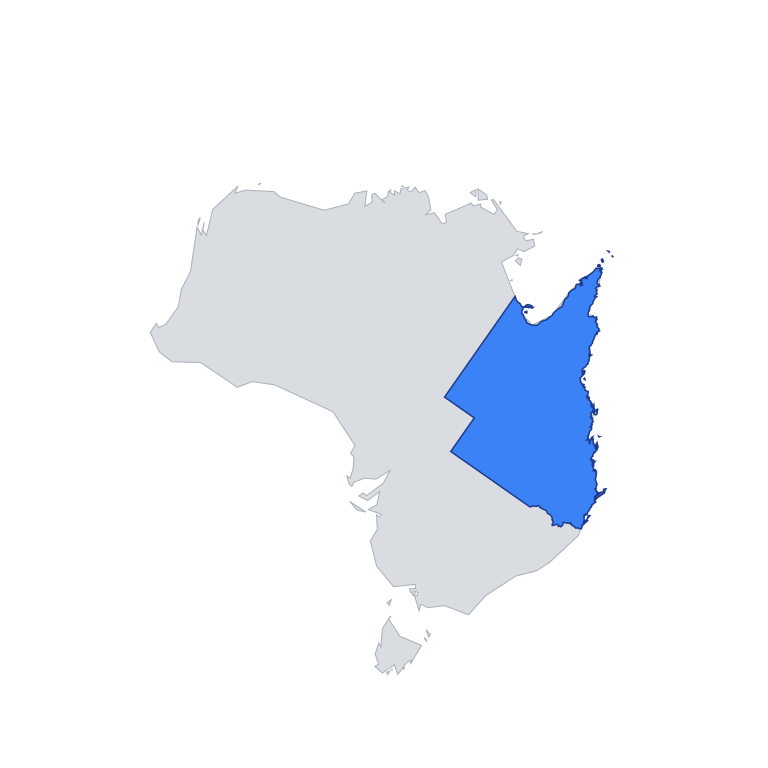 location of Queensland within Australia, rotated 35°
{"feature_id": "AUS-2657", "entity_name": "Queensland", "entity_type": "State", "adm_level": 1, "iso_a3": "AUS", "parent_name": "Australia", "parent_adm1": "", "projection": "mercator", "projection_center": [147.106, -19.205], "detail": "fine", "context": "in_parent", "style": "filled", "palette": "blue", "viewbox_px": 768, "rotation_deg": 35, "n_neighbors": 0, "source": "natural_earth", "source_scale": "10m", "svg_char_len": 9880}
<svg xmlns="http://www.w3.org/2000/svg" viewBox="0 0 768 768"><g transform="rotate(35 384 384)"><path d="M503.8,179.7L510.8,209.5L519.4,208.0L529.3,216.9L531.0,235.3L536.9,241.7L538.3,259.0L542.6,268.0L571.3,284.8L582.7,312.8L586.0,314.2L586.6,309.2L592.9,314.4L593.9,311.8L596.5,326.2L600.3,330.5L608.5,335.0L624.6,359.6L624.0,376.2L630.1,396.5L622.0,435.1L616.2,449.4L602.0,465.9L588.7,499.1L585.5,524.6L560.6,530.8L548.3,542.1L540.5,543.1L542.8,549.6L530.6,540.1L532.4,537.9L531.6,535.6L529.4,535.5L525.3,539.6L522.4,537.1L527.3,533.3L524.5,530.3L508.1,544.5L482.5,537.5L462.7,520.3L462.0,507.1L452.8,495.3L456.7,495.7L456.6,492.2L443.3,495.8L447.3,487.0L442.2,474.5L437.4,488.8L427.6,490.2L429.2,485.4L433.7,485.4L440.3,465.9L438.5,451.4L431.9,466.6L422.1,472.4L415.6,481.7L416.5,486.4L412.6,485.8L406.3,480.6L410.2,480.5L407.4,471.4L401.4,461.2L396.3,459.9L395.5,451.0L358.1,436.0L294.9,447.4L274.6,457.7L265.7,470.8L221.5,471.6L197.4,487.5L181.1,486.5L162.9,475.7L162.7,464.9L167.1,466.8L171.0,460.3L171.2,438.8L163.7,422.7L161.0,403.0L140.8,362.5L148.7,366.8L144.0,354.7L147.3,361.8L153.3,364.0L143.6,339.1L150.9,305.5L152.4,313.4L159.2,304.7L183.4,289.6L191.9,290.4L235.3,276.0L251.6,256.9L250.6,244.5L259.2,235.7L266.4,249.4L270.1,241.8L265.5,236.4L266.9,233.0L281.0,235.3L276.6,234.0L279.5,228.6L277.0,223.8L284.5,223.2L281.8,219.7L288.1,219.1L285.9,214.1L291.4,208.3L291.8,211.8L296.1,211.3L296.5,204.9L302.8,207.2L306.8,202.0L313.5,205.5L322.5,214.5L320.9,221.8L327.0,214.8L339.9,219.4L342.5,215.5L336.8,210.0L351.8,185.6L354.8,187.2L359.9,181.1L361.7,183.7L377.1,181.8L376.6,176.0L366.3,171.7L368.0,170.2L405.2,182.7L416.0,178.1L413.3,182.9L417.9,185.5L423.4,179.8L428.4,184.6L422.5,195.5L416.0,196.5L416.3,204.3L410.3,216.7L444.1,239.3L453.3,241.6L456.2,247.0L471.5,250.7L482.4,231.1L483.1,202.6L484.8,192.0L488.7,189.5L485.7,184.6L495.0,164.3L503.8,179.7ZM522.4,573.7L541.8,581.5L564.7,576.6L566.3,598.6L564.7,594.6L562.4,599.3L561.9,614.1L553.6,608.0L548.5,621.7L538.4,620.6L540.4,616.7L531.7,610.3L528.2,598.8L532.1,600.9L523.0,585.2L522.4,573.7ZM348.9,170.3L359.6,170.3L362.9,173.3L355.8,179.4L348.9,170.3ZM423.4,499.9L442.6,499.3L434.4,502.7L423.4,499.9ZM425.5,202.7L427.7,208.8L421.0,207.8L422.0,203.5L425.5,202.7ZM623.6,356.7L623.1,349.2L625.7,343.0L626.9,347.5L623.6,356.7ZM559.3,561.0L565.7,562.8L565.9,565.8L559.3,561.0ZM347.9,172.1L351.6,178.0L344.8,177.7L347.9,172.1ZM515.4,562.3L511.8,561.5L513.7,556.4L515.4,562.3ZM461.6,236.7L458.4,238.5L455.1,239.6L456.7,236.1L461.6,236.7ZM140.8,360.8L138.1,357.1L137.9,353.8L138.3,353.6L140.8,360.8ZM564.5,568.7L567.0,570.7L562.2,569.0L564.5,568.7ZM598.8,327.1L601.3,327.1L601.3,330.4L598.8,327.1ZM539.1,258.7L542.1,260.6L541.5,261.7L539.1,258.7ZM553.5,616.1L553.8,619.8L551.3,618.7L553.5,616.1ZM627.9,379.1L628.1,383.3L627.8,383.2L627.9,379.1ZM376.1,170.0L374.3,168.4L375.5,167.6L376.1,170.0ZM425.9,170.4L423.3,173.4L426.3,168.1L425.9,170.4ZM628.3,374.1L627.0,375.5L627.9,374.0L628.3,374.1ZM429.8,226.0L428.3,226.6L429.1,225.1L429.8,226.0ZM420.2,202.5L418.4,202.9L419.5,201.0L420.2,202.5ZM168.0,289.7L167.4,292.3L166.6,292.1L168.0,289.7ZM491.9,162.9L491.8,165.0L491.1,163.5L491.9,162.9ZM529.4,536.8L529.9,538.3L529.2,537.9L529.4,536.8ZM422.6,174.2L419.1,176.3L422.7,173.7L422.6,174.2ZM286.2,211.1L284.9,212.5L285.7,210.8L286.2,211.1ZM554.8,613.5L553.6,614.2L554.3,612.8L554.8,613.5ZM460.1,244.0L458.1,244.0L459.2,242.7L460.1,244.0ZM279.0,222.1L278.0,222.9L278.0,221.0L279.0,222.1ZM564.2,605.8L562.5,606.8L563.0,604.8L564.2,605.8ZM493.1,157.4L492.9,158.8L491.9,158.1L493.1,157.4ZM528.4,538.9L530.1,540.4L527.4,540.0L528.4,538.9ZM574.8,284.7L573.5,284.8L574.0,283.1L574.8,284.7ZM585.5,309.0L584.7,309.0L585.3,307.7L585.5,309.0ZM523.2,571.0L522.8,572.4L522.3,570.7L523.2,571.0Z" fill="#d9dde1" stroke="#a8b0b8" stroke-width="1"/><path d="M441.1,237.0L444.7,239.6L447.1,240.2L449.1,240.0L451.3,241.2L453.3,241.5L455.1,243.2L455.0,245.0L456.1,246.9L458.5,247.6L461.0,249.6L464.4,250.7L465.3,251.8L468.2,251.7L471.4,250.9L475.5,248.4L476.8,244.6L476.8,243.1L478.4,240.3L479.8,239.1L480.9,236.5L480.9,235.3L482.6,231.0L482.0,229.3L482.7,225.8L484.4,220.4L485.4,218.8L483.7,211.2L484.6,206.6L483.1,203.5L483.8,199.8L485.8,195.8L484.5,192.5L485.0,191.4L486.5,190.4L487.2,188.6L488.1,189.2L488.8,191.6L488.4,189.7L489.6,189.2L487.4,188.4L489.2,187.5L487.1,187.5L485.8,186.5L486.4,185.9L485.4,185.8L485.4,186.8L485.9,187.0L484.6,187.0L486.1,183.2L487.2,183.2L486.5,182.9L487.5,180.4L488.5,179.7L488.5,181.6L489.1,180.8L489.8,181.2L489.9,180.8L488.9,180.0L488.9,179.0L491.1,172.1L491.3,167.3L493.4,166.7L494.9,164.4L496.2,164.1L497.0,164.9L495.7,166.1L495.6,167.3L496.7,166.3L497.5,167.1L497.6,168.0L498.5,167.6L499.3,170.1L499.2,171.4L500.1,172.7L499.4,173.8L499.9,178.3L501.5,179.5L502.9,179.1L504.6,179.9L502.7,182.1L502.5,184.4L504.7,185.1L505.2,186.9L506.9,187.9L506.0,191.2L508.2,190.6L507.6,191.7L507.7,193.6L508.0,196.8L508.8,197.9L508.8,199.2L508.0,202.0L509.0,204.5L509.9,205.3L510.2,207.8L511.1,210.2L513.0,211.5L515.7,209.8L516.1,208.3L517.4,209.0L519.0,208.3L519.6,207.2L520.8,208.4L520.7,209.7L521.4,209.4L521.2,211.0L521.9,212.1L524.6,212.8L525.1,214.3L526.2,215.2L528.5,215.5L529.2,217.0L530.0,216.9L528.7,219.7L529.1,220.8L529.7,220.4L530.0,220.8L529.3,221.4L528.8,223.0L530.2,227.0L530.1,229.0L531.4,231.0L531.1,232.7L531.5,233.5L530.7,235.8L534.6,240.3L535.2,241.4L534.8,241.8L535.2,242.7L536.0,241.3L536.5,241.6L537.4,241.2L536.5,243.6L538.8,247.8L538.7,249.4L539.7,250.8L539.2,251.5L538.9,252.9L539.3,253.8L538.0,257.3L538.0,258.5L539.1,260.0L540.1,260.4L540.4,262.1L542.0,262.2L541.3,266.7L543.5,269.2L545.8,270.6L546.9,270.5L548.9,272.2L550.1,271.5L550.3,270.5L550.7,272.3L551.6,273.5L555.1,273.6L555.5,273.1L555.1,272.3L556.8,275.2L557.3,277.1L556.9,277.3L558.3,278.9L559.5,279.0L559.1,277.1L560.0,277.4L561.3,279.8L563.0,279.5L563.7,280.3L565.5,280.7L565.8,281.6L565.3,282.2L567.0,283.7L567.7,283.5L567.2,283.2L567.9,282.8L567.5,281.9L568.4,282.2L568.9,281.8L569.5,283.9L570.0,283.2L570.4,283.5L570.4,284.7L571.6,284.2L573.5,288.0L572.6,287.9L571.9,286.7L571.3,287.2L570.6,286.8L570.9,287.6L570.1,288.5L571.1,290.4L572.3,291.2L572.1,292.6L572.7,292.0L574.9,292.7L574.5,293.7L576.0,294.0L577.0,295.2L576.6,296.9L577.1,297.7L577.3,297.3L577.8,297.7L578.1,298.9L577.7,299.2L578.3,299.5L577.8,300.7L578.4,300.3L579.0,300.6L579.4,301.6L580.1,301.0L579.6,302.3L580.0,303.5L579.5,304.3L581.2,309.1L580.9,309.5L581.6,310.2L581.3,310.7L582.7,311.5L582.2,313.5L584.1,312.0L586.9,315.5L585.4,310.9L586.1,309.3L587.0,308.9L588.7,312.0L593.7,315.0L592.8,312.6L593.2,311.3L594.0,311.5L593.9,312.2L594.4,312.5L594.5,311.7L594.9,312.8L595.5,313.0L595.1,313.8L594.5,313.9L595.2,315.3L595.7,314.0L596.3,316.2L595.9,319.2L595.2,319.3L595.7,319.7L595.6,322.2L596.5,323.4L595.9,324.2L597.0,326.6L596.2,326.9L597.0,327.7L598.6,327.6L600.0,329.0L600.7,330.7L601.8,331.0L603.8,333.4L604.9,333.6L605.1,334.6L605.5,333.9L606.8,334.6L605.9,333.3L606.2,333.1L607.3,333.6L607.2,334.1L607.9,333.6L608.2,335.2L609.0,335.6L609.3,335.3L612.0,341.2L616.2,344.0L616.7,346.6L618.2,348.8L617.4,349.0L619.0,350.0L620.4,350.4L620.6,349.9L621.6,350.5L621.8,352.2L621.1,353.0L622.2,352.5L622.2,353.3L621.5,354.1L621.2,355.7L622.9,357.7L622.9,359.6L623.4,357.6L624.1,359.2L625.1,359.2L623.5,364.3L624.3,365.4L624.0,368.8L624.5,369.3L624.4,372.1L625.2,374.6L623.6,375.1L623.1,376.2L624.1,376.3L623.4,377.8L624.7,378.5L625.0,379.7L625.9,380.3L627.5,384.6L628.0,384.4L627.5,386.6L627.9,386.5L628.1,388.2L628.8,389.3L626.9,390.6L625.0,390.8L623.9,392.1L621.0,391.6L619.6,392.1L618.0,391.2L617.4,391.8L616.4,390.8L615.2,392.2L610.1,394.6L611.3,396.9L610.7,399.6L608.8,399.8L608.4,400.6L607.2,399.4L605.3,400.3L604.7,401.8L603.0,403.4L602.2,402.4L601.9,399.9L599.2,398.6L599.0,397.3L595.9,395.9L591.8,396.1L589.9,394.6L582.7,395.8L581.4,395.0L580.1,395.2L579.3,396.6L575.4,398.9L575.0,400.1L573.9,401.0L477.4,401.0L477.4,360.0L441.1,360.0L441.1,237.0ZM627.1,346.5L623.6,355.6L623.8,356.8L623.3,357.3L622.0,354.4L623.5,351.0L623.5,350.0L622.8,349.5L625.4,347.0L625.5,345.5L624.3,344.2L626.0,342.6L626.1,345.0L627.1,346.5ZM462.1,235.8L461.8,236.8L460.6,237.2L459.9,236.3L459.1,236.7L459.6,237.2L458.9,237.2L458.6,238.6L458.0,238.3L456.9,239.3L455.9,239.3L455.4,238.6L455.4,239.4L455.0,239.7L455.2,238.0L456.7,236.1L460.3,235.2L461.6,236.1L462.1,235.8ZM601.2,328.1L602.0,330.0L601.0,330.4L598.2,326.6L599.3,326.0L600.8,327.2L601.3,326.6L601.2,328.1ZM542.0,260.1L542.2,260.9L541.7,261.6L540.6,261.4L540.3,260.3L539.1,258.6L540.5,259.1L540.7,258.0L541.6,258.5L541.3,259.4L542.0,260.1ZM627.9,378.9L629.3,379.2L628.1,383.4L627.5,383.5L627.4,380.3L627.9,378.9ZM627.8,378.4L627.0,374.5L628.1,373.8L627.8,378.4ZM491.8,162.9L492.9,164.4L491.8,165.1L490.9,164.1L491.8,162.9ZM460.0,243.3L460.1,244.1L458.8,244.1L458.3,244.6L458.1,244.1L459.2,242.6L460.0,243.3ZM493.1,157.4L493.6,158.1L493.0,158.8L492.2,158.6L492.1,157.5L493.1,157.4ZM575.0,285.2L573.3,284.8L574.0,283.1L574.3,284.1L575.0,285.2ZM491.8,156.6L491.8,157.4L491.2,157.9L490.7,157.1L491.2,156.3L491.8,156.6ZM496.8,148.3L499.0,148.1L498.1,148.6L496.8,148.3ZM585.3,307.6L585.5,309.1L585.0,310.0L584.7,308.9L585.3,307.6ZM592.1,309.9L593.1,311.0L592.2,311.6L592.1,309.9ZM573.8,281.7L573.3,283.4L572.8,282.9L573.8,281.7ZM492.0,146.3L492.9,146.6L492.9,146.9L491.3,146.7L492.0,146.3ZM545.0,264.2L546.2,265.1L544.8,265.2L545.0,264.2ZM548.3,269.8L548.4,270.4L547.8,270.5L547.4,270.0L548.3,269.8ZM492.7,162.8L493.1,162.7L493.4,163.2L492.8,163.5L492.7,162.8ZM602.5,330.0L603.1,331.7L602.4,330.7L602.5,330.0ZM583.0,311.5L583.5,311.8L583.0,312.8L582.8,312.1L583.0,311.5ZM575.4,286.5L575.6,287.3L574.9,287.9L574.7,287.6L575.4,286.5ZM567.6,280.7L567.9,281.2L567.8,281.7L567.6,281.7L567.6,280.7ZM589.9,303.7L590.5,303.7L590.8,303.5L590.5,304.1L589.9,303.7ZM454.3,240.6L454.8,240.5L455.1,240.6L454.5,241.1L454.3,240.6ZM622.1,350.4L622.7,351.0L622.1,350.4Z" fill="#3b82f6" stroke="#1e3a8a" stroke-width="1.5"/></g></svg>